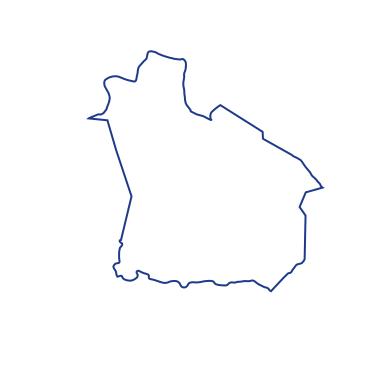 the district of Camasca, Intibucá, Honduras, rotated 210°
{"feature_id": "27666195B75939641956291", "entity_name": "Camasca", "entity_type": "district", "adm_level": 2, "iso_a3": "HND", "parent_name": "Honduras", "parent_adm1": "Intibucá", "projection": "orthographic", "projection_center": [-88.382, 14.0], "detail": "fine", "context": "isolated", "style": "outline", "palette": "blue", "viewbox_px": 384, "rotation_deg": 210, "n_neighbors": 0, "source": "geoboundaries", "source_scale": "gbopen_adm2", "svg_char_len": 5935}
<svg xmlns="http://www.w3.org/2000/svg" viewBox="0 0 384 384"><g transform="rotate(210 192 192)"><path d="M74.0,145.6L69.7,164.0L68.7,167.4L68.4,168.8L67.8,170.0L66.6,170.9L66.0,172.2L66.0,174.4L65.9,175.6L65.6,177.2L65.5,178.7L65.3,180.2L65.0,181.3L64.5,182.1L62.0,184.5L61.7,184.9L61.2,185.9L61.0,186.9L60.8,188.4L60.8,189.3L60.9,190.2L81.9,228.4L91.3,232.8L93.3,248.6L81.1,261.1L82.2,261.2L82.7,261.4L83.2,261.5L83.8,261.9L84.8,262.7L85.2,262.9L86.9,263.5L88.7,264.0L90.2,264.7L93.1,265.5L95.4,265.9L96.3,266.2L97.1,266.6L98.9,267.7L100.1,268.3L101.0,268.6L103.9,269.6L106.7,270.7L112.5,273.5L113.4,273.8L114.1,274.0L115.3,274.0L118.2,274.0L119.6,273.9L121.6,273.7L122.4,273.7L123.7,274.0L156.9,273.6L157.2,273.7L160.9,279.4L210.9,281.4L212.0,279.2L213.3,276.1L214.8,271.6L215.0,270.7L215.0,270.1L215.0,269.5L214.8,268.7L214.5,267.8L214.3,267.2L212.5,264.6L212.3,264.5L212.1,264.4L211.9,264.3L211.7,264.4L211.4,264.2L211.5,263.9L211.8,263.8L213.3,263.6L220.1,263.3L220.6,263.2L226.3,261.7L226.9,261.6L228.5,261.5L233.3,261.2L233.5,261.3L233.8,261.8L234.1,262.1L236.0,263.0L239.4,264.4L240.3,264.8L241.4,265.5L241.9,265.9L242.4,266.3L242.7,266.6L242.9,267.1L243.1,267.3L243.8,267.9L244.1,268.3L244.5,268.9L245.3,270.1L245.7,270.7L246.7,271.9L247.7,273.3L248.7,274.7L249.4,276.0L251.7,278.7L252.6,279.7L253.3,280.8L253.9,281.9L254.3,282.6L254.7,283.5L255.2,285.0L255.9,286.8L256.2,287.5L256.5,288.2L257.1,288.9L257.4,289.5L258.0,290.6L258.2,291.4L258.4,292.8L258.6,293.7L259.0,295.3L259.2,295.8L259.4,296.4L259.6,296.8L260.0,297.1L260.1,297.4L260.1,297.6L260.2,298.1L260.3,298.4L261.2,299.6L262.0,300.9L262.2,301.1L262.6,301.4L263.4,302.0L264.2,302.3L264.6,302.4L265.5,302.6L266.1,302.6L266.7,302.5L267.4,301.8L268.0,301.3L268.4,300.9L268.9,300.6L274.3,298.3L275.9,298.0L277.9,297.3L280.1,296.7L282.3,296.2L284.6,295.7L286.2,295.4L287.9,295.2L289.5,294.9L293.6,294.8L297.6,293.6L298.1,293.2L298.9,292.6L299.4,292.1L299.7,291.6L299.8,291.0L299.8,290.4L299.7,289.9L298.2,285.2L298.1,284.9L298.1,284.6L298.3,283.8L298.7,282.5L299.1,281.1L300.0,277.0L300.3,275.4L300.5,274.4L300.5,273.8L300.5,273.1L300.4,272.4L300.1,271.3L299.5,269.7L298.5,267.6L298.3,266.8L297.7,264.8L296.8,262.5L296.6,261.8L296.3,260.6L296.3,260.4L296.5,260.2L296.5,259.8L296.6,259.5L296.7,259.2L296.9,259.0L297.1,258.9L297.4,258.7L300.2,257.8L303.2,256.9L304.4,256.6L306.8,256.1L307.9,255.9L309.4,255.8L310.7,255.5L311.9,255.4L313.0,255.2L314.4,254.8L315.8,254.2L316.9,253.5L318.2,252.6L318.7,252.2L320.0,250.8L320.9,250.0L321.1,249.7L321.7,248.6L322.9,246.5L323.2,245.7L323.2,245.2L323.2,244.6L323.1,243.9L322.8,243.1L322.4,242.4L322.0,241.7L321.3,240.9L320.5,240.0L319.4,239.3L314.5,236.4L314.2,236.2L312.8,235.1L311.7,234.1L311.0,233.3L310.5,232.6L310.0,231.7L309.5,230.5L309.2,229.5L308.9,228.6L308.7,227.6L308.4,226.0L308.2,224.6L308.0,223.0L307.7,222.1L307.5,221.2L307.5,220.7L307.5,220.2L307.8,218.1L308.0,216.4L308.2,215.9L308.7,215.0L309.3,214.1L309.7,213.6L310.0,213.4L310.4,213.1L311.1,212.9L311.4,212.8L312.0,212.3L312.5,211.8L314.4,209.3L317.0,205.9L317.9,204.8L318.2,204.1L301.1,211.8L278.8,190.5L242.2,158.0L229.5,115.0L229.9,114.8L230.1,114.4L230.3,113.9L230.2,113.6L230.1,113.3L229.9,113.1L229.5,112.8L228.9,112.7L228.1,112.5L227.2,112.5L226.9,112.5L226.6,112.3L226.4,112.0L226.2,111.6L226.1,111.2L226.0,110.5L226.0,110.1L226.2,109.4L226.3,108.9L226.4,108.1L226.4,107.5L226.1,106.3L225.1,103.7L224.7,102.9L222.4,98.8L221.6,97.8L220.4,96.1L219.9,95.4L219.8,95.0L219.7,94.7L219.8,94.3L219.9,94.1L220.9,93.1L221.9,92.3L222.2,91.9L222.4,91.6L222.7,90.8L222.9,89.7L222.9,88.9L222.9,88.6L222.9,88.4L222.6,87.9L222.3,87.6L222.0,87.3L221.5,86.9L220.7,86.4L219.3,85.8L218.8,85.5L218.3,85.2L217.4,84.3L216.4,83.0L216.0,82.6L215.3,82.0L214.3,81.4L213.4,82.2L212.2,83.5L211.7,83.9L211.3,84.0L210.9,84.1L210.4,84.0L210.1,83.8L209.7,83.4L209.4,83.1L208.9,82.9L208.4,82.7L207.9,82.6L207.4,82.6L206.1,82.6L205.3,82.8L204.2,83.0L203.3,83.4L202.3,83.8L201.6,84.1L200.9,84.5L200.2,85.1L199.7,85.5L198.9,86.5L198.4,87.3L197.9,88.0L197.6,88.8L197.2,89.6L197.0,90.2L196.9,90.8L196.9,91.3L197.0,91.9L197.2,92.4L197.5,92.8L197.8,93.2L198.2,93.5L198.6,93.8L199.2,94.1L199.4,94.2L199.7,94.6L200.0,95.0L200.0,95.5L200.0,95.9L199.9,96.1L199.6,96.6L199.3,96.9L199.0,97.0L198.7,97.1L197.9,97.2L195.9,97.3L194.8,97.4L192.9,97.7L190.4,98.3L189.3,98.5L188.7,98.5L188.3,98.4L188.0,98.3L187.7,98.1L187.5,97.9L187.1,97.4L186.9,96.7L186.6,96.2L186.3,96.0L186.0,95.8L185.6,95.7L185.3,95.6L185.0,95.7L184.1,95.9L182.0,96.6L180.9,96.9L179.1,97.3L175.2,98.1L172.2,98.8L171.5,99.0L170.8,99.3L169.7,99.9L169.1,100.3L168.5,100.8L167.6,101.7L166.8,102.8L166.2,103.5L165.5,104.2L164.6,104.9L163.7,105.6L162.7,106.2L161.6,106.7L160.8,107.0L160.0,107.2L159.3,107.2L158.5,107.1L157.7,107.0L157.0,106.7L156.4,106.4L155.9,106.0L155.2,105.5L154.8,105.3L154.3,105.0L153.8,104.9L153.1,104.8L152.5,104.9L151.9,105.0L151.3,105.3L150.8,105.6L150.2,106.1L149.8,106.6L149.5,107.3L149.3,107.9L149.1,108.5L149.1,109.1L149.2,110.4L149.1,110.9L149.0,111.3L148.8,111.9L148.4,112.4L148.0,112.9L147.5,113.3L146.7,113.9L145.7,114.5L143.1,115.8L142.1,116.4L141.2,117.1L139.6,118.3L137.4,120.3L135.3,121.9L133.2,123.3L132.2,123.9L131.3,124.4L130.4,124.7L129.7,125.0L129.3,125.1L128.8,125.1L128.3,125.0L127.8,124.9L126.7,124.3L126.1,124.2L125.4,124.1L124.6,124.2L122.6,124.8L120.6,125.6L118.3,126.7L116.3,127.8L115.9,128.1L115.6,128.4L115.1,129.0L114.8,129.7L114.5,131.0L114.2,131.7L113.7,132.5L113.1,133.1L112.5,133.5L111.9,133.9L111.2,134.2L110.3,134.5L109.7,134.9L109.0,135.5L108.0,136.6L107.6,137.0L105.2,138.5L104.4,139.2L102.9,140.4L101.9,141.2L101.2,141.6L99.1,142.6L98.3,143.1L97.3,143.9L96.1,145.1L95.7,145.4L95.3,145.6L94.5,145.9L93.9,146.0L93.3,146.0L92.6,145.9L90.6,145.6L89.3,145.5L87.7,145.4L85.2,145.6L83.1,145.7L81.8,145.8L81.1,146.0L80.2,146.3L79.5,146.5L79.0,146.5L78.5,146.6L77.8,146.5L77.4,146.4L76.2,145.9L75.6,145.7L74.8,145.6L74.0,145.6Z" fill="none" stroke="#1e3a8a" stroke-width="2"/></g></svg>